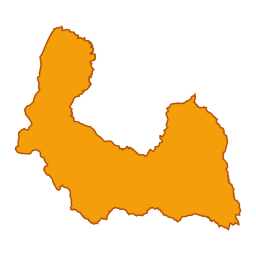 the district of Morales, Cauca, Colombia
{"feature_id": "7082276B40499260653390", "entity_name": "Morales", "entity_type": "district", "adm_level": 2, "iso_a3": "COL", "parent_name": "Colombia", "parent_adm1": "Cauca", "projection": "robinson", "projection_center": [-76.755, 2.844], "detail": "fine", "context": "isolated", "style": "filled", "palette": "amber", "viewbox_px": 256, "rotation_deg": 0, "n_neighbors": 0, "source": "geoboundaries", "source_scale": "gbopen_adm2", "svg_char_len": 5750}
<svg xmlns="http://www.w3.org/2000/svg" viewBox="0 0 256 256"><path d="M194.9,94.4L193.9,95.9L192.4,96.1L191.5,96.9L190.9,98.7L188.8,100.4L186.6,101.1L185.5,102.2L182.1,103.6L177.6,103.1L171.4,104.1L170.6,104.6L169.8,106.7L167.0,108.2L166.8,108.6L167.7,109.1L168.1,110.9L167.9,111.5L166.4,112.5L166.1,114.5L167.2,116.3L167.3,117.6L168.1,119.2L166.2,125.3L167.5,127.4L165.6,129.6L164.0,130.4L165.2,132.6L162.6,136.5L161.8,136.8L160.6,135.7L160.0,135.8L160.0,138.3L162.4,140.7L162.2,142.0L159.6,142.9L159.2,145.0L158.4,146.4L155.3,146.8L154.9,149.6L153.5,151.4L152.6,151.3L150.8,149.7L149.8,149.6L149.6,150.7L148.0,152.6L147.5,154.5L145.4,156.4L143.7,154.8L139.9,154.9L137.9,154.2L137.0,152.8L136.1,152.4L135.4,151.3L134.5,151.0L133.2,149.4L132.3,149.6L132.0,148.6L129.9,147.4L129.4,147.6L129.4,148.5L128.7,148.5L127.3,146.5L126.6,146.7L126.1,147.9L124.3,149.2L122.8,148.7L122.0,149.8L120.8,148.4L119.4,148.7L119.3,146.3L114.6,145.2L111.5,141.4L107.5,141.0L106.0,141.7L103.9,141.0L101.4,137.9L97.0,134.9L95.8,133.3L95.4,131.6L94.1,130.7L93.7,129.4L91.8,128.3L90.3,126.5L88.4,126.8L86.0,125.6L84.3,125.3L82.4,123.9L80.5,123.6L78.7,122.1L74.2,121.3L73.6,119.8L74.1,118.6L72.6,116.3L71.7,116.7L70.7,115.9L72.4,114.3L72.0,113.5L72.3,112.2L71.1,111.8L71.9,108.9L69.8,107.4L69.7,106.3L71.2,104.7L71.5,103.3L72.0,103.1L73.4,100.3L73.6,98.5L76.0,96.7L79.2,96.1L78.8,95.0L82.4,93.6L82.8,92.9L82.4,91.1L84.0,91.5L84.2,90.0L86.4,90.0L89.4,86.8L88.9,86.2L91.0,84.6L90.8,83.7L89.9,83.5L90.1,82.3L88.9,81.3L89.3,79.7L88.9,78.7L89.7,78.3L89.3,77.5L89.5,76.3L90.3,76.2L90.7,76.9L91.3,76.9L90.7,76.0L91.8,74.7L91.5,74.0L92.2,73.9L91.9,71.9L93.9,69.3L92.1,67.9L91.5,66.7L91.2,65.4L91.7,63.4L90.6,63.5L90.6,62.4L90.1,61.8L92.3,60.4L93.3,60.5L94.4,60.0L95.3,58.7L95.1,57.6L95.4,56.6L94.9,55.9L95.3,54.9L94.2,53.9L91.1,54.2L90.3,53.7L90.4,53.0L92.2,52.5L93.2,51.6L92.6,50.7L93.7,49.2L92.5,47.4L91.7,47.6L91.0,47.2L91.0,46.5L92.3,46.0L91.6,45.5L92.2,44.8L91.2,43.6L89.7,43.3L90.6,42.2L89.2,42.3L88.6,40.6L86.7,40.9L84.5,40.1L84.9,38.4L84.5,37.8L82.5,39.0L80.5,37.5L78.9,38.2L77.4,38.0L78.4,36.7L78.4,35.3L75.5,35.2L75.2,33.9L74.3,33.4L74.0,32.3L69.5,31.7L69.7,30.6L69.0,29.8L66.4,29.5L65.7,30.0L62.4,30.4L62.0,29.9L62.6,28.5L61.7,26.5L60.2,27.7L59.3,27.4L58.5,27.9L56.9,27.8L55.1,28.9L54.0,28.9L53.5,30.9L52.0,32.5L48.4,39.3L41.7,54.7L40.0,56.8L41.1,64.2L40.0,71.2L39.3,73.5L39.8,75.5L39.6,76.2L37.8,77.2L37.4,78.0L39.3,84.4L38.6,85.6L38.9,88.5L39.9,89.8L35.3,95.1L33.8,99.5L33.6,101.5L30.8,104.4L29.2,105.5L27.0,106.2L24.9,109.0L24.9,111.3L25.5,112.5L25.5,114.0L30.4,120.4L31.5,122.6L31.7,124.8L28.7,127.7L28.9,128.6L27.6,130.0L25.7,129.8L24.6,128.6L24.1,128.6L20.5,130.8L18.7,132.8L18.6,134.6L19.2,138.6L18.3,139.8L18.1,144.0L18.5,145.8L16.0,147.1L15.4,149.2L17.8,152.4L21.6,153.4L29.7,153.9L30.7,153.3L32.6,150.5L35.3,149.8L37.0,150.0L39.9,151.9L40.4,152.9L40.4,155.7L41.1,156.7L44.1,158.2L45.0,161.5L47.4,164.4L47.7,165.5L47.6,165.9L45.4,166.2L43.9,168.7L44.0,170.0L45.4,172.7L47.3,175.0L49.2,175.2L52.1,178.8L53.4,182.9L56.8,189.0L58.9,190.2L60.1,189.1L60.0,186.9L61.6,186.3L62.3,185.4L62.3,185.9L64.9,187.5L67.3,187.8L69.5,189.9L70.3,192.1L70.4,194.0L69.9,195.0L70.5,195.8L70.3,197.1L71.7,199.9L71.2,201.8L71.7,205.3L70.6,207.6L71.0,209.5L72.4,209.9L73.7,208.9L74.3,209.8L75.6,209.7L78.0,211.9L79.0,211.9L80.6,213.1L82.3,215.9L83.5,216.2L83.5,217.4L84.4,217.6L85.7,218.9L87.8,218.7L88.3,219.1L88.6,220.6L90.0,221.2L90.9,222.9L91.5,222.6L92.6,223.0L93.4,224.0L95.1,223.6L95.8,222.9L97.6,223.5L97.9,221.5L99.1,221.1L101.1,218.3L102.3,218.2L103.3,219.1L105.5,218.9L106.6,219.5L107.5,215.2L109.5,212.7L109.2,211.3L110.4,211.7L111.0,210.6L111.7,210.4L112.6,208.6L114.3,208.1L114.9,207.3L117.5,208.2L118.8,208.1L120.2,209.4L123.8,209.0L126.6,210.9L126.7,211.8L128.9,214.6L131.1,213.6L132.7,213.6L136.6,215.9L137.5,215.0L142.8,215.5L143.9,214.0L147.0,213.1L147.5,212.2L147.0,210.6L149.3,209.4L150.3,207.7L151.8,208.0L153.1,207.5L154.9,209.1L158.0,207.9L158.6,209.7L160.1,209.6L161.0,211.5L162.4,212.4L163.5,214.9L164.2,214.7L165.4,215.5L166.5,215.3L168.2,216.9L172.4,217.9L174.1,219.1L174.3,219.8L176.6,220.1L177.0,221.4L177.6,221.8L178.1,221.1L180.0,220.5L180.5,218.9L182.4,216.6L185.3,216.6L189.0,215.3L191.5,215.2L192.6,214.8L193.0,214.1L194.9,213.7L201.9,215.8L203.0,216.6L204.0,216.0L207.1,216.9L207.5,217.5L208.0,217.0L208.7,218.0L209.3,217.7L210.0,218.4L209.8,219.9L210.2,220.4L210.9,220.7L211.8,220.3L211.8,221.3L214.2,220.4L215.5,222.6L217.3,222.6L217.1,223.5L218.4,224.3L218.4,225.3L219.1,225.7L219.3,226.8L220.6,225.5L221.4,225.6L225.4,227.8L226.6,228.1L228.4,229.5L230.1,223.1L231.5,223.6L232.5,224.9L234.2,224.5L234.8,223.1L235.2,222.9L238.8,224.6L238.4,221.6L235.5,217.2L236.0,214.7L239.6,215.1L239.3,213.6L240.6,210.3L239.2,207.1L239.6,205.8L239.1,203.5L237.4,201.0L234.4,199.5L234.5,197.4L233.7,196.7L234.1,196.0L233.5,195.4L234.0,193.7L233.6,193.6L233.2,191.7L234.0,189.0L232.6,187.6L231.9,184.9L229.9,183.5L229.7,182.3L228.9,182.8L228.3,181.3L228.6,180.3L229.3,179.8L228.0,178.4L228.5,177.7L228.1,176.4L228.5,175.9L227.8,175.1L227.9,172.3L227.5,171.5L226.2,170.6L226.7,169.3L226.3,168.4L227.5,167.4L227.2,163.7L223.3,158.7L223.1,156.4L223.4,155.9L222.9,154.8L223.1,153.7L223.7,153.5L223.3,152.4L224.7,151.8L225.2,151.0L227.5,141.8L226.6,136.5L226.4,135.7L225.6,135.6L224.9,134.3L224.0,133.6L223.8,132.3L224.2,131.6L223.4,131.3L223.8,130.0L223.3,128.8L222.5,128.0L220.5,127.6L219.3,124.9L218.7,124.3L217.9,124.3L217.5,123.3L216.6,122.6L216.4,120.8L217.2,119.1L216.1,118.8L215.1,117.3L213.6,116.5L211.9,114.2L209.7,112.6L207.6,111.7L206.0,109.2L206.4,107.9L205.2,107.7L204.3,106.8L203.1,107.7L198.8,107.4L198.0,106.1L196.8,105.9L196.9,104.9L194.8,103.4L195.0,102.5L194.0,102.1L195.4,97.7L194.9,94.4Z" fill="#f59e0b" stroke="#b45309" stroke-width="1.5"/></svg>